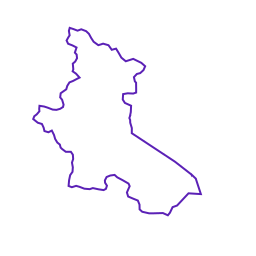 Jönköping, Jönköping, Sweden (Mercator projection), rotated 111°
{"feature_id": "70781695B94890902843100", "entity_name": "Jönköping", "entity_type": "district", "adm_level": 2, "iso_a3": "SWE", "parent_name": "Sweden", "parent_adm1": "Jönköping", "projection": "mercator", "projection_center": [14.228, 57.89], "detail": "fine", "context": "isolated", "style": "outline", "palette": "violet", "viewbox_px": 256, "rotation_deg": 111, "n_neighbors": 0, "source": "geoboundaries", "source_scale": "gbopen_adm2", "svg_char_len": 1884}
<svg xmlns="http://www.w3.org/2000/svg" viewBox="0 0 256 256"><g transform="rotate(111 128 128)"><path d="M76.7,204.6L77.8,202.3L81.1,200.6L84.9,201.1L87.7,202.6L92.8,200.1L94.9,200.0L95.9,196.0L98.3,191.3L100.8,193.6L103.8,196.2L106.4,199.0L110.4,199.8L114.0,199.5L117.4,201.8L119.7,203.3L123.7,202.3L125.3,199.6L129.3,196.5L131.7,196.2L134.4,198.2L136.7,201.3L137.8,204.9L137.8,210.3L138.0,214.0L139.0,218.6L142.1,217.7L144.1,216.7L148.0,218.1L150.6,219.7L152.7,219.7L153.6,219.7L155.4,214.1L155.1,209.8L157.9,206.9L160.8,204.9L160.5,200.8L157.7,198.2L161.0,194.6L164.3,192.1L166.9,188.8L167.9,185.7L170.4,183.9L171.2,182.1L172.5,177.6L170.7,172.8L172.7,169.9L176.6,168.1L180.4,167.9L184.5,165.4L188.8,164.1L192.7,165.1L197.8,164.3L203.4,162.7L203.4,159.7L203.4,159.2L200.6,155.7L200.3,152.1L200.3,147.0L198.8,141.8L196.7,139.3L195.8,133.6L194.7,128.5L192.7,126.8L189.4,127.0L187.3,129.8L185.2,130.8L181.4,130.4L178.7,127.5L176.6,123.7L177.9,120.4L178.6,114.6L179.7,107.6L181.7,105.6L185.7,105.8L188.6,105.9L191.9,103.3L192.1,98.4L192.2,92.8L195.4,89.8L199.8,88.0L201.1,84.7L200.1,77.7L198.3,73.1L197.0,70.0L194.9,64.9L195.2,59.5L192.1,58.5L185.9,58.0L182.8,54.4L179.1,52.9L167.3,48.1L163.6,36.3L151.2,46.4L151.0,46.5L148.7,52.0L148.8,52.0L148.7,52.1L142.6,72.2L131.5,122.6L126.7,124.4L122.3,127.8L119.7,128.9L118.2,130.3L115.7,130.4L115.7,130.5L112.1,131.1L106.1,133.1L105.7,139.9L103.3,143.1L98.1,144.7L95.7,140.7L94.0,135.5L92.0,133.1L88.8,134.3L82.8,136.7L82.0,138.3L78.4,140.7L74.4,139.1L72.4,136.3L68.4,134.3L64.2,134.1L62.4,138.9L61.6,147.9L66.5,154.0L64.7,159.4L61.1,163.8L58.2,167.6L60.8,171.2L57.7,175.9L58.2,181.5L59.7,183.3L61.3,185.4L59.8,191.0L57.2,194.6L54.1,198.2L52.6,201.8L52.6,207.0L55.2,210.0L55.2,214.4L55.4,218.3L58.5,218.0L62.4,215.7L64.7,216.2L68.3,216.7L70.8,214.1L70.8,209.5L71.3,204.9L76.7,204.6Z" fill="none" stroke="#5b21b6" stroke-width="2"/></g></svg>